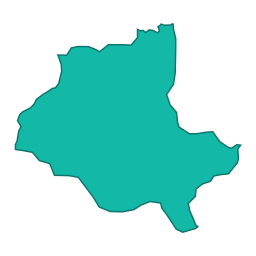 Pera Pedi, Limassol, Cyprus (Robinson projection)
{"feature_id": "46923920B54392768580932", "entity_name": "Pera Pedi", "entity_type": "district", "adm_level": 2, "iso_a3": "CYP", "parent_name": "Cyprus", "parent_adm1": "Limassol", "projection": "robinson", "projection_center": [32.873, 34.863], "detail": "fine", "context": "isolated", "style": "filled", "palette": "teal", "viewbox_px": 256, "rotation_deg": 0, "n_neighbors": 0, "source": "geoboundaries", "source_scale": "gbopen_adm2", "svg_char_len": 1301}
<svg xmlns="http://www.w3.org/2000/svg" viewBox="0 0 256 256"><path d="M57.9,55.0L61.2,64.1L61.7,71.2L58.7,83.6L55.4,87.8L52.2,88.5L47.8,91.6L43.0,94.4L36.3,99.5L34.5,103.6L30.5,107.9L22.8,111.7L19.6,115.0L17.5,120.7L21.0,126.4L18.8,131.0L17.0,141.2L15.4,144.6L15.5,149.5L22.3,150.4L32.4,152.3L39.4,160.6L49.7,163.5L54.5,175.3L68.7,175.6L78.3,177.3L85.5,186.8L93.5,197.5L99.2,207.0L110.1,211.5L122.6,211.8L133.9,209.6L141.3,204.9L150.0,201.5L160.6,203.0L162.0,208.4L166.4,214.1L172.4,223.2L176.2,229.1L177.7,229.8L182.7,232.2L195.7,228.4L197.8,226.7L195.9,225.3L193.0,218.2L189.6,210.4L188.3,203.5L195.3,196.4L196.1,188.9L202.5,183.9L210.5,181.2L213.9,175.9L221.5,174.5L228.5,173.8L237.4,162.7L238.4,158.6L237.8,148.9L240.6,145.2L236.8,144.7L231.5,148.3L228.0,147.3L219.6,141.5L212.8,131.8L205.5,132.3L197.2,133.7L189.4,133.8L178.8,126.9L177.5,121.8L176.5,112.4L170.0,104.7L166.6,94.5L173.4,84.4L175.2,73.0L175.4,64.1L175.7,49.6L175.7,38.4L173.4,29.0L173.1,24.3L172.4,23.8L170.4,25.1L167.9,25.1L164.0,25.2L161.2,24.1L160.2,25.4L158.1,26.5L159.4,31.0L157.5,32.8L152.7,30.3L148.9,30.0L145.6,32.6L143.1,30.4L140.4,30.8L137.5,29.5L137.5,37.7L131.1,45.1L120.6,44.7L108.4,44.7L99.5,51.8L95.4,49.4L88.6,46.7L78.2,46.5L71.4,47.9L66.6,55.3L57.9,55.0Z" fill="#14b8a6" stroke="#0f766e" stroke-width="1.5"/></svg>